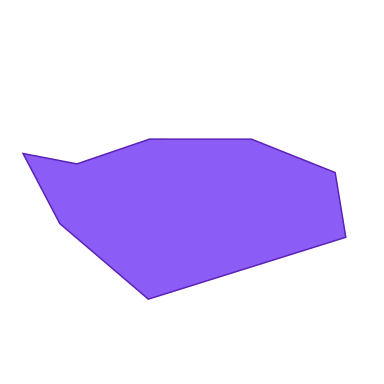 the border of Grenada, rotated 66°
{"feature_id": "GRD", "entity_name": "Grenada", "entity_type": "country or territory", "adm_level": 0, "iso_a3": "GRD", "parent_name": "North America", "parent_adm1": "", "projection": "orthographic", "projection_center": [-61.703, 12.123], "detail": "fine", "context": "isolated", "style": "filled", "palette": "violet", "viewbox_px": 384, "rotation_deg": 66, "n_neighbors": 0, "source": "natural_earth", "source_scale": "50m", "svg_char_len": 275}
<svg xmlns="http://www.w3.org/2000/svg" viewBox="0 0 384 384"><g transform="rotate(66 192 192)"><path d="M167.2,325.6L88.1,330.7L119.5,285.8L126.4,209.3L167.9,116.2L232.5,53.3L295.9,69.9L272.1,275.5L167.2,325.6Z" fill="#8b5cf6" stroke="#5b21b6" stroke-width="1.5"/></g></svg>